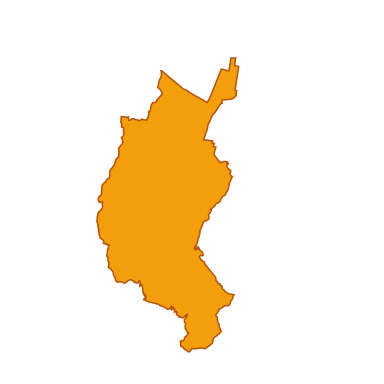 Turt, Satu Mare, Romania (Natural Earth projection), rotated 123°
{"feature_id": "2599482B52636092588365", "entity_name": "Turt", "entity_type": "district", "adm_level": 2, "iso_a3": "ROU", "parent_name": "Romania", "parent_adm1": "Satu Mare", "projection": "natural_earth1", "projection_center": [23.217, 48.001], "detail": "fine", "context": "isolated", "style": "filled", "palette": "amber", "viewbox_px": 384, "rotation_deg": 123, "n_neighbors": 0, "source": "geoboundaries", "source_scale": "gbopen_adm2", "svg_char_len": 6109}
<svg xmlns="http://www.w3.org/2000/svg" viewBox="0 0 384 384"><g transform="rotate(123 192 192)"><path d="M328.2,113.0L327.7,112.1L327.7,110.5L328.0,107.6L326.5,106.8L323.1,106.7L322.0,104.1L318.8,100.7L317.0,98.0L316.5,96.0L315.9,95.4L314.0,94.8L313.2,94.3L307.8,92.5L303.6,94.1L301.9,94.2L299.5,93.1L297.0,92.4L295.9,91.8L293.8,91.6L292.9,91.8L292.5,92.2L292.4,92.9L291.2,93.6L291.2,94.2L290.3,95.6L288.2,97.2L288.1,97.6L288.3,97.6L287.9,98.6L284.1,102.1L283.4,102.4L283.0,103.4L283.0,104.6L281.2,105.1L279.8,105.0L279.7,104.8L276.7,104.9L276.4,105.4L275.8,105.5L274.3,104.6L269.3,102.3L267.5,99.4L264.4,99.2L262.7,100.1L260.0,99.8L257.5,100.6L255.3,100.9L255.6,101.4L255.9,102.6L256.7,104.1L257.5,106.4L257.3,108.0L257.5,109.6L256.7,112.0L256.8,113.4L256.2,114.2L255.0,115.2L254.6,115.9L254.6,117.1L253.8,118.5L254.5,119.9L253.4,121.7L253.3,123.4L253.1,123.8L251.4,125.0L250.6,126.1L250.4,126.9L249.9,127.8L249.7,129.3L249.1,130.8L245.4,141.9L243.9,143.5L244.3,145.3L243.9,145.6L244.1,147.8L243.2,148.5L242.7,150.4L241.9,150.6L240.4,150.2L240.2,150.0L240.2,149.3L239.9,148.7L239.3,148.2L237.5,149.4L236.9,150.4L236.5,151.6L236.6,153.9L235.3,155.5L234.7,156.8L234.8,157.3L235.1,157.6L235.4,157.5L235.5,156.8L236.0,156.4L235.9,156.1L236.4,155.6L236.7,156.5L238.1,157.4L237.2,157.5L236.9,157.9L236.9,158.4L237.3,158.9L237.9,158.7L238.3,159.1L237.7,159.4L236.4,159.1L236.1,159.4L236.3,159.9L236.0,160.0L234.6,159.2L232.9,159.6L230.5,160.4L230.1,160.3L228.3,161.5L226.2,161.6L221.9,163.1L220.7,163.7L220.4,164.2L219.6,164.6L218.0,164.3L216.9,164.9L214.6,165.0L213.4,165.6L210.9,165.9L209.4,165.8L208.9,164.7L205.9,163.2L203.8,164.0L202.2,165.8L200.7,165.8L199.3,165.5L196.9,165.8L196.1,166.4L196.6,167.0L196.3,167.0L194.8,166.3L190.9,165.3L189.1,165.4L187.6,164.9L187.1,164.2L186.0,163.6L185.2,163.4L180.4,164.0L178.9,163.8L177.4,162.9L175.9,162.6L172.5,163.0L171.1,162.9L163.4,165.6L157.0,166.6L157.3,167.6L156.5,169.4L156.5,169.8L156.0,170.1L153.8,170.6L153.4,171.2L152.8,171.5L152.9,173.2L152.5,174.5L152.6,175.2L151.6,176.8L150.1,177.4L148.9,176.7L147.7,176.8L148.4,177.1L149.2,177.9L148.3,178.6L147.4,178.8L148.5,181.1L149.0,181.9L151.7,183.8L151.5,184.5L152.0,185.6L151.2,186.3L150.7,188.6L149.0,192.9L147.9,194.5L141.3,196.4L142.4,198.8L139.2,199.7L140.1,201.5L137.9,202.5L141.8,210.8L130.6,213.5L126.2,215.4L122.0,215.6L118.8,216.5L115.3,216.6L112.8,216.0L103.7,216.1L102.1,215.8L101.2,215.0L98.6,216.9L92.8,209.8L91.6,208.7L87.0,207.4L86.1,208.1L82.6,209.8L83.3,211.3L61.3,221.2L62.9,225.0L55.8,228.4L58.5,232.3L70.3,227.0L73.0,234.4L101.8,228.5L108.6,228.0L109.9,249.1L109.9,249.8L109.4,250.9L110.3,255.7L106.9,283.1L107.3,284.1L108.3,282.9L110.3,281.6L110.4,281.1L110.7,281.0L116.3,280.2L121.2,278.3L122.8,277.9L123.2,276.6L123.2,275.0L124.6,271.9L126.1,270.3L134.0,271.6L134.7,271.2L135.0,271.4L136.0,271.2L137.5,271.8L138.3,273.6L141.1,273.6L142.7,273.1L145.6,271.6L147.5,271.7L148.4,272.2L149.4,271.2L152.5,269.7L156.5,269.3L158.6,273.8L158.3,273.9L158.4,274.0L159.8,274.3L160.9,275.1L161.1,276.9L161.9,278.3L162.3,280.6L162.9,281.7L164.1,282.8L166.0,283.1L166.4,284.0L163.6,286.3L164.9,287.4L165.4,288.9L167.2,292.4L172.1,289.8L173.5,287.8L175.4,286.8L175.9,286.1L175.8,285.6L175.1,284.8L175.6,284.0L177.4,283.2L178.6,282.4L179.9,280.8L182.2,280.3L183.6,280.5L184.4,280.9L185.3,280.5L185.2,279.6L187.2,277.9L187.6,277.4L187.7,276.8L195.3,277.4L199.0,274.5L202.4,272.8L206.0,273.7L211.2,271.8L212.5,272.3L213.2,271.8L217.1,272.5L219.5,272.2L222.5,270.2L224.4,269.3L225.7,269.3L227.4,270.2L227.6,270.0L229.7,270.2L230.8,270.0L231.3,270.4L232.0,270.3L233.0,270.9L235.4,271.0L243.2,266.8L245.2,266.8L246.6,267.5L248.1,267.2L249.7,266.3L250.7,265.2L250.9,264.5L250.9,263.6L250.2,262.8L250.2,262.3L249.1,261.7L250.7,260.5L251.4,260.4L253.2,258.7L256.6,258.5L257.4,259.0L258.0,258.8L259.3,259.4L261.4,259.2L261.8,258.7L264.1,258.1L268.9,255.4L270.6,252.9L270.9,252.7L271.3,252.9L272.4,251.9L272.9,251.2L273.7,250.7L273.7,249.8L274.2,249.6L274.5,249.7L275.2,249.3L276.7,247.8L278.6,246.5L280.6,243.9L280.9,241.0L280.8,240.2L281.5,238.9L283.3,238.3L283.0,238.0L282.9,237.4L283.1,237.1L282.7,236.4L282.2,236.0L282.6,235.3L282.0,234.9L282.6,234.4L281.7,232.7L287.6,230.9L289.7,229.5L291.9,228.8L292.4,228.2L292.6,227.0L295.8,224.6L295.9,224.1L296.9,222.9L300.4,221.3L300.5,221.0L300.2,220.7L300.9,220.3L300.9,217.9L301.5,216.6L302.0,214.6L304.3,212.7L305.4,210.7L305.7,209.6L307.2,208.5L307.9,207.7L308.3,206.3L308.3,205.5L306.5,203.4L305.5,201.6L305.3,200.0L305.4,198.9L303.5,198.0L302.5,197.8L301.3,197.1L300.1,196.7L299.0,196.1L298.8,195.2L298.7,192.9L298.5,192.7L298.3,191.6L299.3,191.1L298.5,190.1L298.5,189.6L298.7,189.2L298.5,188.7L297.3,187.5L295.7,188.1L295.2,187.5L295.3,186.7L296.1,186.1L298.5,185.0L299.0,185.0L299.6,184.5L298.7,184.1L297.7,184.3L296.9,184.0L297.2,183.0L298.7,182.0L301.2,179.4L303.6,178.0L303.3,177.3L303.7,177.0L303.5,176.6L303.6,176.0L304.8,175.8L304.8,175.5L304.1,174.8L305.4,174.5L305.6,173.6L305.0,173.7L305.6,172.8L306.2,172.9L307.2,173.6L307.8,173.6L308.1,174.1L308.6,173.8L308.4,173.4L307.7,173.1L307.8,172.6L308.3,172.8L307.9,169.2L304.5,159.2L304.5,156.2L303.6,153.0L303.7,150.9L303.6,148.3L301.9,147.1L299.2,147.1L299.8,146.6L299.2,146.6L299.5,146.1L301.5,145.4L301.8,145.5L302.0,145.0L300.3,144.6L300.2,144.2L299.4,144.5L299.1,144.5L299.8,143.6L300.0,142.7L300.3,142.5L300.3,142.2L300.6,142.0L301.2,142.2L301.3,141.7L302.4,141.2L301.5,140.6L301.1,140.5L300.9,140.2L301.2,140.1L301.1,139.6L301.6,138.8L303.1,138.5L303.1,137.6L303.4,136.4L303.1,135.3L304.0,134.8L303.0,133.2L302.7,132.0L302.9,131.6L302.4,131.0L301.4,130.8L300.1,130.1L297.9,130.0L297.2,129.4L297.8,128.8L298.4,129.0L299.4,128.6L301.4,128.6L302.7,128.9L303.4,128.8L304.7,127.9L305.1,127.5L305.8,125.8L306.3,125.2L307.5,125.2L310.0,123.6L310.3,122.8L311.2,121.9L311.7,120.0L312.4,119.4L312.4,118.9L311.9,118.2L312.0,118.1L313.4,118.3L315.2,118.0L316.9,118.8L318.6,118.9L319.6,118.3L320.8,118.2L321.3,118.5L322.1,119.6L323.1,119.8L323.5,120.5L323.8,120.4L323.9,120.0L324.8,119.5L324.8,119.3L327.4,117.6L327.1,114.9L327.4,113.8L328.2,113.0Z" fill="#f59e0b" stroke="#b45309" stroke-width="1.5"/></g></svg>